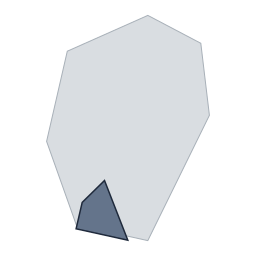 Yaren on a map of Nauru (Natural Earth projection)
{"feature_id": "NRU-4983", "entity_name": "Yaren", "entity_type": "state/province", "adm_level": 1, "iso_a3": "NRU", "parent_name": "Nauru", "parent_adm1": "", "projection": "natural_earth1", "projection_center": [166.924, -0.543], "detail": "fine", "context": "in_parent", "style": "filled", "palette": "slate", "viewbox_px": 256, "rotation_deg": 0, "n_neighbors": 0, "source": "natural_earth", "source_scale": "10m", "svg_char_len": 353}
<svg xmlns="http://www.w3.org/2000/svg" viewBox="0 0 256 256"><path d="M209.4,115.3L147.8,240.6L76.3,224.9L46.6,141.4L67.3,51.2L147.8,15.4L200.8,43.3L209.4,115.3Z" fill="#d9dde1" stroke="#a8b0b8" stroke-width="1"/><path d="M127.8,240.2L76.1,228.8L82.2,202.4L88.0,196.7L104.5,180.5L127.8,240.2Z" fill="#64748b" stroke="#1e293b" stroke-width="1.5"/></svg>